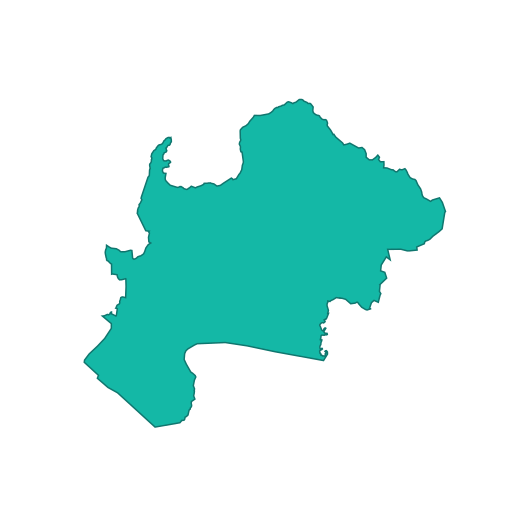 the district of Epatlán, Puebla, Mexico, rotated 254°
{"feature_id": "50627088B13009313759140", "entity_name": "Epatlán", "entity_type": "district", "adm_level": 2, "iso_a3": "MEX", "parent_name": "Mexico", "parent_adm1": "Puebla", "projection": "albers", "projection_center": [-98.367, 18.615], "detail": "fine", "context": "isolated", "style": "filled", "palette": "teal", "viewbox_px": 512, "rotation_deg": 254, "n_neighbors": 0, "source": "geoboundaries", "source_scale": "gbopen_adm2", "svg_char_len": 6155}
<svg xmlns="http://www.w3.org/2000/svg" viewBox="0 0 512 512"><g transform="rotate(254 256 256)"><path d="M393.1,317.0L392.7,315.0L391.9,313.4L390.9,312.3L389.9,310.2L389.1,307.4L389.9,298.7L391.6,293.2L390.2,291.8L387.2,287.1L385.4,285.2L384.0,282.3L383.4,278.7L381.7,275.9L380.7,275.3L373.5,273.4L372.1,273.4L371.0,272.9L369.9,271.7L368.2,270.8L365.9,271.2L364.7,271.0L363.2,270.4L360.9,270.2L360.1,270.4L360.0,271.0L359.5,271.2L350.3,269.9L349.0,269.4L347.0,267.9L342.9,266.1L339.9,263.4L339.2,262.2L335.7,258.4L335.7,254.9L336.7,254.6L337.7,253.8L335.1,245.2L333.7,241.2L334.0,237.7L336.9,235.4L338.2,233.0L338.9,232.2L338.9,231.5L339.2,230.9L339.4,229.0L340.1,226.6L340.1,226.1L339.7,226.0L339.2,225.0L338.7,222.5L338.6,218.4L338.2,216.6L340.9,213.0L339.9,211.0L339.6,209.5L339.0,208.5L339.2,207.4L340.6,205.3L341.7,204.7L343.5,203.0L343.4,202.3L343.7,202.0L343.4,200.5L343.6,199.3L347.7,193.0L350.7,191.3L353.4,190.0L354.5,189.9L356.1,190.2L360.2,192.2L361.2,189.9L363.2,189.5L364.4,189.8L366.0,190.7L366.1,192.2L366.5,193.3L366.0,194.2L365.8,196.8L366.2,197.1L367.6,197.0L368.8,197.4L369.5,199.6L369.9,199.8L371.2,199.4L372.4,198.2L372.4,196.8L372.1,195.9L372.8,193.9L373.2,193.5L374.5,193.2L375.4,193.2L378.7,194.4L379.6,195.6L380.5,196.2L380.8,198.4L381.3,198.9L382.1,199.3L382.5,198.9L383.6,199.3L384.5,199.1L385.3,200.5L386.6,201.8L386.4,203.4L386.9,204.1L388.4,205.1L389.1,206.1L391.0,206.6L393.4,206.8L393.0,205.8L394.0,205.2L394.1,203.9L393.6,201.8L392.6,200.5L391.9,199.0L390.7,198.1L389.6,196.5L389.4,195.5L389.5,193.4L389.2,192.5L387.4,190.0L386.5,189.4L386.0,188.7L385.4,186.8L383.0,184.0L380.3,182.5L379.4,182.9L378.9,182.8L377.7,182.4L377.5,182.0L375.8,181.5L374.6,180.6L373.7,179.3L373.0,178.9L372.2,178.7L369.1,178.4L369.0,178.0L368.0,177.4L362.7,175.6L361.5,173.9L344.2,162.0L343.1,161.4L341.5,161.8L338.6,159.2L337.7,157.8L337.3,157.6L336.4,157.7L335.4,157.0L334.6,156.0L332.5,154.7L331.7,154.7L331.4,154.3L330.8,154.3L330.0,153.6L310.7,157.0L309.3,160.0L309.0,159.4L307.4,159.9L303.6,157.8L299.1,156.9L297.5,158.4L296.6,155.5L294.0,152.3L290.9,150.2L289.0,148.5L287.8,145.0L288.0,144.2L287.8,142.1L286.8,140.3L286.5,137.8L287.6,136.9L288.4,136.9L295.5,138.2L296.1,137.0L296.2,131.2L297.2,127.6L297.6,126.9L299.1,126.1L301.5,123.7L303.4,119.1L304.9,117.5L307.5,115.3L304.8,114.4L303.4,113.2L301.2,112.1L299.6,111.8L295.5,111.5L295.0,111.7L293.4,111.3L292.6,111.6L292.2,112.3L288.9,114.1L288.1,114.9L278.3,112.2L278.3,113.0L276.3,117.3L274.4,117.1L273.3,117.2L272.1,117.5L270.7,118.3L270.2,120.4L270.1,124.5L269.9,124.6L262.2,122.6L251.9,119.2L253.4,116.6L253.5,115.3L253.2,114.5L251.1,113.4L250.1,112.5L248.4,112.1L247.6,111.3L247.0,109.0L246.2,108.2L245.0,107.4L244.5,106.8L243.6,108.2L237.4,105.4L236.9,104.8L240.3,101.1L242.0,101.7L242.1,101.4L241.7,100.4L240.6,99.6L240.1,98.2L240.8,97.0L240.3,93.7L240.6,91.8L230.9,98.3L226.3,97.0L218.4,87.8L213.1,78.9L207.8,68.6L203.2,62.5L201.2,61.6L184.7,71.7L182.2,69.8L170.4,77.5L162.7,85.2L119.4,111.8L116.7,136.9L118.5,139.6L118.1,140.3L118.1,141.8L118.8,142.5L120.6,143.4L120.9,144.9L121.9,146.8L126.3,149.2L127.0,150.6L127.9,150.9L129.0,152.4L130.3,153.0L132.1,153.1L133.9,153.8L135.3,157.8L138.7,157.5L141.0,158.7L143.2,159.6L143.6,159.4L145.2,160.3L148.6,160.0L153.7,162.6L156.3,164.8L157.8,164.6L160.7,162.8L162.5,161.3L171.2,159.2L176.3,158.4L181.8,160.5L184.2,162.5L185.5,165.0L187.4,172.3L187.9,175.3L181.3,202.6L172.1,222.7L158.7,248.0L136.9,292.1L142.0,297.7L144.1,298.2L145.6,297.6L145.7,296.6L145.3,296.0L144.0,296.9L143.5,297.0L143.4,296.2L143.1,295.7L141.1,295.0L140.9,294.1L141.4,293.3L141.5,292.5L142.2,292.2L142.5,291.2L143.2,291.1L143.7,291.5L144.7,290.7L145.4,290.7L145.7,291.0L146.2,290.8L147.2,291.0L147.6,291.7L147.9,293.4L148.3,294.2L148.9,294.2L149.1,293.7L148.8,292.9L149.0,292.1L150.0,292.1L151.1,292.3L152.5,293.2L152.8,293.8L154.9,294.6L156.5,295.9L157.3,296.1L157.3,295.1L157.7,294.7L158.7,295.2L159.0,295.6L160.5,296.1L161.5,296.7L161.8,297.5L161.0,300.0L161.3,300.4L160.8,301.8L160.9,302.9L162.0,303.0L162.9,300.9L164.0,300.4L165.0,300.7L167.3,303.2L167.7,302.9L167.8,302.3L167.3,301.3L165.8,300.4L165.6,299.9L165.7,299.5L167.0,298.7L170.7,298.4L171.6,298.1L172.4,298.4L173.6,300.3L173.6,302.0L173.0,302.6L173.8,304.3L174.3,304.4L175.8,303.8L176.3,305.6L176.0,305.8L176.9,306.9L180.9,309.9L181.1,309.1L183.7,310.6L188.7,310.6L190.3,311.1L191.1,311.6L191.5,312.2L192.9,312.6L191.9,314.6L192.4,315.3L192.9,318.3L193.9,321.7L192.6,324.5L192.8,324.6L192.7,325.1L192.3,325.1L191.7,327.0L189.6,330.3L184.0,333.9L183.4,338.3L183.8,340.2L183.7,340.6L183.3,341.0L181.8,341.5L177.6,343.5L174.4,346.5L173.5,347.9L173.6,352.2L174.0,350.4L179.3,354.1L180.8,357.2L177.8,360.8L184.2,364.5L185.4,365.6L188.0,364.9L194.0,367.3L194.3,367.1L198.7,375.5L204.8,375.3L207.4,371.7L212.8,373.9L219.2,381.0L215.4,383.9L226.1,384.4L222.6,397.1L219.2,402.9L218.7,404.7L217.3,412.5L220.4,413.0L221.4,421.2L222.8,421.9L223.6,423.1L223.7,425.5L224.2,427.8L226.3,431.6L229.0,438.7L230.8,442.4L245.9,449.5L246.5,450.4L256.2,449.9L261.3,448.4L261.2,441.0L260.4,438.9L263.9,435.5L265.7,433.4L267.6,432.7L269.7,432.6L271.8,432.9L275.2,432.7L279.8,431.2L284.4,430.6L285.8,429.8L286.9,427.7L288.9,425.7L293.1,424.5L294.4,424.5L297.4,423.9L298.9,423.2L298.6,420.6L298.9,419.2L299.8,418.0L298.1,414.7L298.3,413.7L299.6,412.5L301.0,411.6L301.7,409.8L304.5,406.2L305.6,403.0L308.2,404.1L311.4,404.9L312.3,401.5L315.0,400.4L316.9,401.9L319.4,400.9L317.8,398.3L316.3,394.4L317.2,391.4L320.6,389.1L324.0,390.1L328.3,389.7L331.1,387.8L331.5,384.4L338.6,377.3L338.4,374.3L338.6,371.0L340.8,370.4L348.4,365.4L351.5,364.4L351.4,363.6L356.2,362.5L360.5,360.8L360.9,360.5L362.5,360.5L363.7,361.3L364.7,361.4L366.9,361.2L367.6,360.8L368.1,360.0L368.2,358.9L369.3,357.2L371.8,355.9L373.2,355.6L373.9,354.9L374.1,354.2L375.4,352.4L377.5,350.9L378.2,350.6L380.2,350.7L383.5,352.0L386.9,350.7L387.8,350.0L388.3,348.0L389.5,347.4L391.7,344.7L392.7,344.3L393.5,343.6L393.9,342.9L394.5,340.7L392.8,336.7L392.8,334.7L392.3,333.5L393.5,332.3L394.7,330.7L395.3,329.8L395.3,328.5L393.4,324.7L393.6,322.7L393.2,321.9L393.2,318.9L392.7,317.9L393.1,317.0Z" fill="#14b8a6" stroke="#0f766e" stroke-width="1.5"/></g></svg>